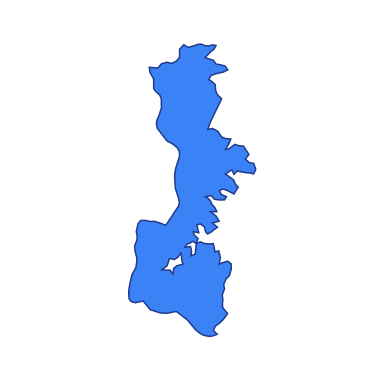 Rifaina, São Paulo, Brazil (orthographic projection), rotated 225°
{"feature_id": "56859067B80116249125616", "entity_name": "Rifaina", "entity_type": "district", "adm_level": 2, "iso_a3": "BRA", "parent_name": "Brazil", "parent_adm1": "São Paulo", "projection": "orthographic", "projection_center": [-47.445, -20.065], "detail": "fine", "context": "isolated", "style": "filled", "palette": "blue", "viewbox_px": 384, "rotation_deg": 225, "n_neighbors": 0, "source": "geoboundaries", "source_scale": "gbopen_adm2", "svg_char_len": 2707}
<svg xmlns="http://www.w3.org/2000/svg" viewBox="0 0 384 384"><g transform="rotate(225 192 192)"><path d="M73.6,109.3L79.0,109.2L80.6,113.7L79.9,118.0L79.6,121.7L80.1,127.0L80.9,131.2L88.6,132.0L91.4,134.4L93.9,137.6L97.9,140.7L100.5,146.4L104.2,149.0L106.4,154.4L106.4,159.3L109.8,165.4L113.5,168.9L117.9,168.3L120.5,163.4L121.7,160.1L125.6,165.8L131.6,169.3L133.3,165.8L136.4,168.0L140.5,170.5L143.6,166.9L147.1,164.2L150.8,162.7L152.6,158.7L154.7,163.3L160.0,163.2L163.1,164.9L158.4,168.0L162.0,170.1L165.4,172.2L163.4,175.4L158.5,176.1L154.6,173.6L151.5,173.2L150.3,176.4L149.8,180.4L149.1,185.1L155.6,184.5L152.2,190.5L157.9,192.0L164.8,191.2L160.5,195.7L164.3,197.0L169.4,197.4L172.4,198.7L175.6,199.0L179.1,198.2L176.0,203.0L171.0,202.7L166.6,206.1L163.4,209.5L164.3,213.1L169.7,210.9L173.7,212.5L172.1,216.2L166.8,218.5L160.9,220.3L161.9,224.3L162.7,228.1L167.1,228.3L170.7,229.9L174.8,229.5L181.2,228.3L180.2,232.4L179.5,235.9L174.8,234.2L174.9,238.7L168.2,243.3L164.3,246.5L161.2,248.3L162.8,253.0L168.5,255.9L172.1,253.3L177.5,253.0L178.3,258.7L182.4,259.7L188.0,260.9L191.7,257.9L195.4,255.9L196.3,249.0L198.3,245.9L199.9,251.6L202.0,256.9L206.4,253.3L210.2,251.9L213.2,252.5L216.6,253.2L222.4,251.5L225.1,247.4L228.5,254.5L236.9,278.8L243.2,278.8L247.2,280.6L251.6,284.4L256.5,284.1L259.7,283.3L260.9,288.0L258.3,293.3L254.7,298.8L253.1,303.7L257.6,304.5L261.7,302.1L265.6,299.4L269.9,300.3L273.0,298.7L277.7,296.2L278.0,304.1L277.4,308.3L278.6,312.6L281.7,310.4L283.2,307.3L286.3,304.6L289.9,303.2L292.2,300.6L294.6,295.6L297.3,291.3L302.0,290.4L301.7,284.1L298.5,280.9L296.1,278.5L295.6,273.8L297.2,268.6L301.5,266.0L304.3,261.0L303.8,255.5L310.4,250.0L306.6,247.0L298.9,244.7L292.1,237.9L289.0,237.5L283.3,237.7L279.9,236.4L273.1,229.9L269.7,223.4L268.0,219.0L265.9,215.5L261.7,212.5L245.7,210.4L240.4,212.2L233.6,212.9L229.9,211.8L226.4,208.9L222.7,201.9L220.6,197.8L217.8,193.6L215.5,190.9L206.3,182.8L197.1,178.1L193.3,175.4L191.6,172.6L187.0,150.1L194.9,146.3L197.8,144.7L201.2,141.2L204.8,139.1L208.2,135.5L207.7,131.3L203.3,124.5L199.7,122.1L197.1,119.3L194.3,113.1L191.0,110.3L183.8,105.9L180.8,102.4L178.3,98.9L176.1,91.3L171.5,83.8L166.6,77.0L161.2,72.1L157.6,71.4L153.7,73.7L149.4,80.4L138.5,79.2L129.4,83.8L126.6,86.0L123.7,88.9L118.6,96.5L104.5,98.3L92.7,97.1L86.9,97.6L82.3,99.0L77.9,101.9L75.3,105.2L73.6,109.3ZM156.6,140.9L153.9,139.1L151.2,136.7L147.4,134.6L150.5,129.2L151.0,125.2L147.5,120.5L152.4,121.2L155.6,118.0L158.4,115.8L157.4,122.1L160.9,129.1L156.8,131.7L155.8,136.0L156.6,140.9ZM152.6,158.7L145.8,150.3L147.8,146.1L150.5,149.9L154.5,152.4L157.9,148.1L158.6,151.3L157.3,154.3L156.8,157.5L152.6,158.7Z" fill="#3b82f6" stroke="#1e3a8a" stroke-width="1.5"/></g></svg>